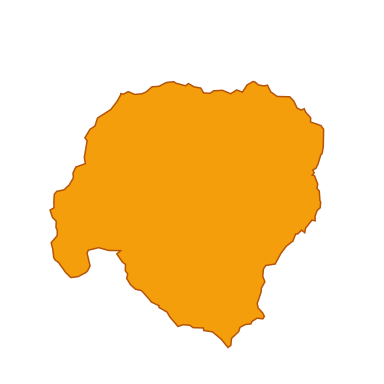 outline of Villalba, Puerto Rico, rotated 25°
{"feature_id": "32010507B77779311465946", "entity_name": "Villalba", "entity_type": "district", "adm_level": 2, "iso_a3": "PRI", "parent_name": "Puerto Rico", "parent_adm1": "", "projection": "natural_earth1", "projection_center": [-66.472, 18.13], "detail": "fine", "context": "isolated", "style": "filled", "palette": "amber", "viewbox_px": 384, "rotation_deg": 25, "n_neighbors": 0, "source": "geoboundaries", "source_scale": "gbopen_adm2", "svg_char_len": 1985}
<svg xmlns="http://www.w3.org/2000/svg" viewBox="0 0 384 384"><g transform="rotate(25 192 192)"><path d="M258.5,69.1L256.3,71.6L251.8,71.5L245.9,66.6L240.4,64.4L228.8,69.4L221.1,68.0L215.2,63.3L212.4,65.5L206.8,66.9L202.9,65.7L200.7,66.0L196.7,71.7L195.5,80.2L189.4,80.6L185.5,86.6L176.5,87.0L168.8,91.2L166.7,94.9L160.6,97.3L158.6,95.8L155.9,94.1L149.7,95.8L142.8,95.3L141.3,98.5L131.1,100.2L128.9,99.7L122.4,103.7L117.3,110.3L111.3,113.5L108.3,120.5L105.1,124.2L98.8,127.8L91.8,128.0L88.5,132.3L85.9,132.9L86.3,134.0L85.8,141.5L83.5,151.7L75.1,164.9L76.2,173.1L73.0,178.4L72.3,185.8L72.0,188.1L75.3,189.9L79.8,206.2L83.4,211.4L76.2,218.4L76.1,225.1L78.5,229.3L77.7,237.8L77.3,238.8L76.6,240.1L75.2,244.0L69.1,248.6L68.2,252.3L70.9,259.2L73.6,264.6L71.0,268.4L76.2,273.9L81.3,275.9L83.8,281.8L86.0,283.6L88.3,288.5L85.8,297.5L90.1,302.8L94.4,309.9L96.8,311.5L100.8,312.3L111.8,318.5L118.4,320.7L124.6,316.8L130.0,309.6L130.7,307.4L130.8,302.0L122.6,291.6L122.7,288.5L130.9,281.9L141.2,280.2L152.1,275.3L150.0,279.9L158.3,284.8L162.3,285.7L164.8,291.5L168.4,293.5L169.3,297.9L175.4,302.0L181.8,304.0L188.0,302.7L198.8,307.4L201.7,308.9L210.1,309.0L210.8,310.6L220.2,311.4L224.7,314.6L236.1,319.8L240.1,316.0L246.4,313.7L250.3,314.5L259.8,310.4L261.1,312.6L269.7,310.1L280.8,313.1L290.3,317.7L292.0,314.6L289.7,307.9L293.3,298.7L292.7,294.3L296.4,289.5L301.1,286.7L301.1,283.8L304.3,278.9L309.8,277.0L310.2,274.2L307.1,271.7L301.0,269.2L298.2,265.5L296.9,253.4L295.5,250.0L296.0,242.5L291.8,238.6L289.3,231.6L289.9,227.4L297.8,222.1L298.5,210.1L300.4,201.2L304.2,193.8L303.7,186.2L305.5,185.4L307.4,180.3L311.4,181.2L310.2,176.6L312.6,166.8L315.8,166.1L313.7,161.8L313.2,155.8L314.8,152.3L313.0,146.9L311.5,145.6L307.0,137.4L303.7,135.9L302.6,131.7L296.1,125.4L293.8,125.9L294.6,123.0L292.2,121.0L294.3,118.2L294.4,113.4L293.0,103.8L293.7,102.2L291.8,95.3L284.8,79.6L280.8,77.3L269.8,78.5L268.3,74.7L261.2,71.6L258.5,69.1Z" fill="#f59e0b" stroke="#b45309" stroke-width="1.5"/></g></svg>